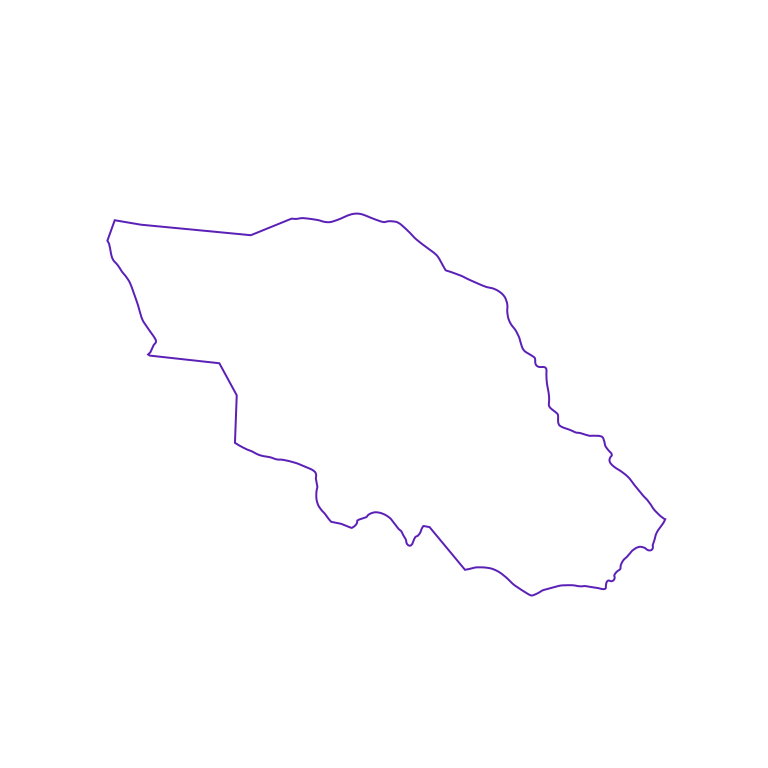 outline of San Pedro de Tutule, La Paz, Honduras, rotated 126°
{"feature_id": "27666195B44797155238261", "entity_name": "San Pedro de Tutule", "entity_type": "district", "adm_level": 2, "iso_a3": "HND", "parent_name": "Honduras", "parent_adm1": "La Paz", "projection": "equal_earth", "projection_center": [-87.851, 14.246], "detail": "fine", "context": "isolated", "style": "outline", "palette": "violet", "viewbox_px": 768, "rotation_deg": 126, "n_neighbors": 0, "source": "geoboundaries", "source_scale": "gbopen_adm2", "svg_char_len": 6085}
<svg xmlns="http://www.w3.org/2000/svg" viewBox="0 0 768 768"><g transform="rotate(126 384 384)"><path d="M519.2,470.0L518.8,464.6L518.2,460.4L517.5,456.3L516.1,451.2L515.9,449.6L515.5,446.4L514.9,443.6L514.1,441.3L513.3,439.3L511.3,435.4L510.2,433.1L509.5,431.1L508.8,428.5L508.2,426.8L507.2,424.9L505.6,422.7L504.7,421.1L503.0,417.4L502.0,415.1L499.8,409.2L499.1,407.0L495.9,393.4L495.6,391.3L495.6,389.3L495.7,388.2L496.1,387.1L496.7,386.3L497.5,385.4L498.3,384.8L500.0,383.9L500.7,383.4L506.3,377.5L507.0,377.1L508.5,376.5L510.4,375.6L513.1,373.9L515.3,372.3L517.5,370.3L518.6,369.0L519.6,367.7L520.5,366.3L521.2,365.0L521.8,363.5L522.3,362.0L523.0,359.6L523.6,355.9L525.7,349.4L526.3,346.9L526.5,345.7L526.2,345.0L522.3,336.5L519.7,326.2L519.3,325.5L518.4,325.0L517.0,324.5L516.0,324.2L514.2,324.0L513.3,324.0L512.4,324.2L511.7,324.4L510.8,325.1L510.4,325.2L509.9,325.2L509.3,325.0L508.2,324.4L502.5,320.3L501.6,319.9L500.2,319.9L499.1,319.8L497.4,319.1L496.1,318.4L495.0,317.6L494.0,316.8L493.1,315.9L492.2,314.7L491.5,313.4L490.8,312.1L490.2,310.6L489.5,308.0L489.2,306.5L489.0,304.9L488.9,303.0L488.9,301.0L489.1,299.2L492.6,287.3L492.8,286.2L492.8,284.4L493.0,283.4L493.4,282.5L495.0,279.5L496.9,275.1L497.7,274.0L499.2,272.6L499.6,271.9L499.9,271.3L500.1,270.5L500.2,269.6L500.0,268.8L499.7,268.1L499.3,267.7L498.8,267.4L498.0,267.2L496.8,267.1L491.8,268.4L490.4,268.6L489.4,268.7L488.7,268.5L487.6,267.8L486.8,267.4L485.4,267.3L484.1,267.2L482.4,267.4L480.2,268.1L479.0,268.4L477.4,268.6L476.0,268.7L475.7,268.5L475.5,268.3L473.0,263.0L486.7,209.3L484.0,206.7L478.9,202.4L477.9,201.3L476.7,199.7L473.8,195.6L471.9,192.3L470.4,189.2L469.9,187.7L469.4,185.9L468.9,183.6L468.6,181.5L468.4,179.4L468.4,176.5L468.6,172.8L468.8,170.4L469.2,167.4L469.9,163.1L470.0,161.8L470.1,159.8L469.8,152.0L469.3,144.9L469.0,142.0L468.8,141.3L468.5,140.6L468.2,140.0L467.8,139.6L466.2,138.5L464.0,137.2L461.6,136.0L458.3,134.7L457.0,133.9L444.7,124.0L443.4,122.8L442.1,121.4L439.1,117.5L436.4,113.8L435.1,111.7L433.3,107.9L432.1,106.0L431.3,104.9L429.8,103.3L429.1,102.3L426.4,96.9L423.3,90.9L422.1,88.0L421.6,86.9L420.7,85.5L419.9,84.8L419.3,84.6L418.6,84.7L417.9,85.1L416.8,85.9L415.9,86.4L413.9,87.3L413.0,87.5L411.8,87.3L411.3,87.0L411.0,86.8L410.6,86.1L410.2,84.6L409.8,84.0L409.5,83.7L408.5,83.1L407.3,82.9L406.3,83.0L405.3,83.4L404.7,83.9L403.7,85.0L403.3,85.3L402.8,85.4L401.3,85.5L399.3,85.4L397.4,84.9L395.7,84.2L394.9,84.1L394.0,84.4L392.5,85.4L391.2,86.0L389.0,86.5L386.7,86.8L384.8,86.7L381.1,85.9L376.9,85.5L373.6,85.3L372.8,85.2L370.1,84.3L368.3,83.6L366.6,82.5L365.4,81.4L364.8,80.6L364.4,79.8L363.8,78.4L363.4,77.0L363.3,75.8L363.4,74.4L363.4,73.6L363.2,72.7L362.9,71.9L362.3,71.0L361.7,70.4L361.0,70.0L360.1,69.9L359.3,69.9L358.5,70.2L357.6,70.8L356.6,71.8L356.1,72.0L351.0,73.6L346.5,75.4L344.9,75.8L343.3,76.1L340.8,76.3L332.5,76.3L330.7,76.5L328.1,77.0L328.3,77.6L328.4,78.3L328.4,80.7L328.3,83.3L327.9,86.1L327.2,90.3L326.5,93.0L324.8,97.2L323.4,101.7L322.9,103.5L322.4,106.7L322.0,108.8L318.5,122.2L316.6,128.2L316.1,130.0L315.7,132.3L315.4,135.1L315.3,138.8L315.3,141.6L315.7,146.7L315.7,149.2L315.5,151.9L315.1,153.7L314.7,154.8L314.1,155.8L313.5,156.5L312.9,157.0L312.0,157.4L310.3,157.8L309.4,157.8L308.5,157.7L308.0,157.7L307.5,158.0L307.0,158.5L306.6,159.1L306.4,159.6L305.9,162.6L305.3,165.0L304.8,166.6L304.3,168.0L303.4,169.4L301.3,171.6L299.4,174.2L298.8,175.2L298.6,176.0L298.6,177.0L298.8,177.7L299.7,179.8L303.2,184.8L304.5,186.4L305.1,187.3L306.6,191.2L307.8,194.9L308.4,196.5L309.0,197.7L309.9,199.0L310.3,199.9L310.8,201.6L311.4,204.8L312.0,207.2L313.6,212.4L314.1,214.3L314.3,215.6L314.4,216.8L314.3,217.6L314.2,218.3L313.5,219.5L312.5,220.7L311.4,221.6L308.5,223.6L306.7,225.1L306.4,225.6L306.1,226.5L306.0,227.9L305.9,229.5L305.8,233.1L305.6,235.4L305.3,236.3L305.0,237.1L304.7,237.6L304.0,238.4L302.7,239.2L300.0,240.9L297.1,243.1L294.3,245.7L288.1,252.2L284.6,255.3L280.9,258.2L277.2,260.7L276.6,261.4L276.2,262.0L276.0,262.5L275.9,263.0L275.9,263.5L276.1,264.1L276.6,265.2L278.2,267.2L279.0,268.5L279.3,269.2L279.4,269.9L279.5,270.9L279.4,271.6L279.2,272.3L278.9,272.8L278.3,273.7L277.7,274.3L276.2,275.4L275.1,276.3L274.5,277.0L274.2,277.6L274.1,278.6L274.2,281.5L274.7,286.9L274.8,288.9L274.7,289.7L274.5,290.5L274.0,292.2L273.4,293.3L272.3,295.0L270.1,297.9L267.0,301.8L265.5,304.5L264.0,307.3L263.1,309.4L262.5,311.3L261.6,314.7L260.9,316.6L260.1,318.4L258.9,320.4L257.8,322.0L256.7,323.3L254.2,325.8L252.3,327.4L249.5,329.2L248.2,330.1L246.9,331.3L245.7,332.6L244.2,334.7L242.9,336.8L242.2,338.8L241.7,341.0L241.5,342.9L241.5,345.5L241.7,347.9L242.1,350.0L242.6,351.9L243.2,353.4L245.2,357.8L246.1,360.9L247.3,365.9L249.1,374.3L249.9,378.2L250.7,383.4L251.1,385.3L254.0,395.6L255.5,399.9L255.7,401.0L255.6,401.4L254.9,403.0L251.7,409.8L250.2,413.0L249.4,415.1L248.8,417.3L248.7,418.8L248.5,420.8L248.4,433.7L248.3,437.6L248.0,443.0L247.7,445.6L246.4,452.2L245.6,458.2L245.3,461.0L245.0,464.2L245.0,465.8L245.2,467.4L245.4,468.7L245.8,469.8L247.1,472.2L248.2,474.0L249.2,475.4L250.0,476.4L252.6,478.6L253.1,479.2L253.5,480.0L254.5,482.6L256.4,489.1L257.2,492.3L258.4,497.3L259.1,499.8L259.7,501.7L260.4,503.3L261.4,505.1L262.5,506.7L263.9,508.3L265.7,510.0L267.7,511.5L269.3,512.6L276.6,516.8L280.3,519.3L283.5,521.6L285.3,523.4L286.4,525.0L287.4,526.6L288.4,528.8L289.6,532.4L290.5,534.4L292.9,539.1L294.4,541.9L296.1,544.9L297.5,547.2L298.3,548.2L299.1,549.1L301.0,550.9L302.2,552.2L304.6,556.0L341.9,579.2L398.0,674.3L409.8,698.1L430.7,692.0L431.6,689.9L432.2,688.8L435.2,685.4L438.1,682.4L439.6,680.8L441.3,678.7L442.4,676.9L442.9,675.8L443.3,674.6L443.9,671.1L444.5,668.9L445.3,666.6L447.1,662.2L447.6,660.4L448.3,657.4L448.8,655.7L449.9,652.5L450.9,650.1L452.1,648.0L453.9,645.1L461.4,634.2L464.8,629.4L469.3,623.7L472.4,619.7L474.0,617.2L474.5,616.2L475.1,615.0L478.9,604.3L480.8,598.5L481.9,595.8L482.4,594.7L483.0,594.0L483.5,593.6L484.1,593.2L484.8,593.0L485.6,593.0L487.1,593.2L488.0,593.2L495.5,591.7L496.0,591.7L498.8,592.2L498.7,590.2L464.0,529.4L479.7,496.5L519.2,470.0Z" fill="none" stroke="#5b21b6" stroke-width="2"/></g></svg>